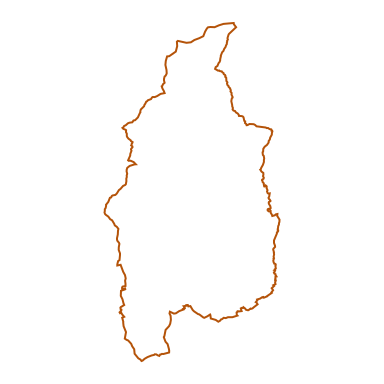 Crasna, Gorj, Romania
{"feature_id": "2599482B71276356252313", "entity_name": "Crasna", "entity_type": "district", "adm_level": 2, "iso_a3": "ROU", "parent_name": "Romania", "parent_adm1": "Gorj", "projection": "natural_earth1", "projection_center": [23.564, 45.231], "detail": "fine", "context": "isolated", "style": "outline", "palette": "amber", "viewbox_px": 384, "rotation_deg": 0, "n_neighbors": 0, "source": "geoboundaries", "source_scale": "gbopen_adm2", "svg_char_len": 6032}
<svg xmlns="http://www.w3.org/2000/svg" viewBox="0 0 384 384"><path d="M140.5,359.6L141.5,361.0L142.6,360.6L144.6,358.8L147.5,357.1L151.5,355.5L154.1,354.9L154.7,354.3L156.3,354.4L157.7,355.3L159.3,355.9L160.2,354.5L161.0,354.4L161.9,353.9L163.4,354.0L169.1,352.5L169.2,350.8L168.9,348.9L167.6,344.1L165.5,341.7L163.8,337.1L164.4,336.0L165.6,329.9L169.1,326.1L170.2,323.7L170.9,319.8L170.6,315.8L169.5,313.5L169.9,311.7L173.9,313.6L175.9,313.3L179.2,311.1L183.5,309.5L183.1,308.9L184.8,308.3L184.7,307.7L184.1,307.3L184.1,306.5L183.8,306.2L186.5,305.7L186.4,305.1L187.8,305.0L188.4,306.4L190.4,306.1L192.7,310.0L194.0,311.3L198.1,314.1L199.3,314.4L203.4,317.5L204.3,317.8L207.4,316.3L210.1,314.5L210.4,315.1L210.8,318.5L215.7,319.9L218.3,321.7L220.2,320.6L220.9,319.5L222.1,319.1L223.7,317.8L225.8,318.1L228.0,317.2L232.4,317.2L237.4,315.6L236.8,315.0L236.6,312.5L237.4,312.0L237.4,311.4L237.7,311.2L239.2,311.4L241.6,311.1L240.8,308.4L241.7,307.9L243.0,308.0L243.4,307.2L245.2,308.6L245.9,309.7L247.6,310.2L248.4,310.2L250.5,308.6L250.9,308.9L252.5,308.4L253.6,307.4L257.6,304.3L256.5,302.5L255.8,302.1L257.4,300.2L257.1,299.5L260.1,298.6L262.2,297.2L263.2,297.0L263.4,297.7L263.9,297.7L267.2,296.3L267.2,296.0L271.8,292.9L271.4,292.4L273.1,290.2L271.7,288.2L274.1,286.0L273.3,285.2L275.5,284.1L275.1,282.6L275.4,281.5L275.1,280.6L275.1,280.2L275.7,280.2L275.3,278.6L275.5,278.4L275.4,277.0L275.5,276.5L276.4,276.4L275.5,274.9L275.5,274.2L274.3,273.5L273.9,272.4L274.6,271.9L275.0,270.6L274.5,270.3L275.1,270.0L274.8,269.3L275.8,268.5L275.4,265.7L275.7,265.2L275.7,264.3L275.1,263.8L274.3,263.7L273.5,261.9L273.3,260.5L273.7,259.4L273.5,258.7L274.0,258.2L273.6,256.8L274.1,254.3L273.8,252.7L274.0,252.4L273.2,249.6L273.4,248.7L275.1,246.9L275.0,245.7L274.0,243.0L274.0,240.4L276.9,233.5L276.9,232.4L277.9,231.6L277.8,231.0L278.2,230.7L278.1,230.0L277.7,229.8L277.7,229.0L278.0,228.2L278.2,226.1L278.9,224.7L279.0,223.0L279.4,222.0L279.5,219.6L277.2,215.9L277.4,214.0L275.9,214.3L274.8,215.3L272.3,216.0L271.9,214.7L270.7,212.8L270.6,211.1L268.9,211.4L267.7,210.5L267.6,209.7L267.8,209.2L268.7,208.8L270.0,209.2L270.7,208.0L270.3,207.0L270.4,206.3L269.0,204.0L268.7,202.9L268.9,202.0L270.4,201.2L270.5,200.9L269.7,199.5L269.1,199.1L268.5,197.9L269.2,196.5L269.7,193.4L268.5,193.6L267.7,193.2L267.0,191.4L267.5,190.2L266.6,188.1L266.7,186.5L266.5,186.1L265.6,185.4L264.7,186.5L264.2,186.4L263.8,184.5L263.8,183.3L262.6,182.0L262.5,180.9L262.0,180.3L262.1,179.7L263.5,178.8L263.8,177.8L263.0,176.1L263.4,174.8L263.3,172.9L261.5,171.6L260.3,169.7L260.7,169.5L261.2,167.9L262.9,164.9L263.9,162.0L263.9,159.9L264.2,158.5L263.7,155.8L262.9,155.0L262.6,153.0L262.6,152.2L263.1,151.7L263.3,148.8L264.7,146.7L267.0,144.9L268.6,142.6L268.7,141.0L269.8,139.5L270.2,137.6L271.8,134.7L271.9,133.0L272.4,131.3L272.2,130.8L271.5,130.7L271.5,129.8L271.3,129.4L269.6,129.1L268.0,128.0L266.8,128.1L265.7,127.5L256.5,126.3L255.2,125.0L253.7,124.2L249.5,124.0L247.5,125.1L246.6,125.2L246.2,124.0L245.0,123.0L245.2,121.4L244.3,120.9L243.5,117.3L242.8,116.5L241.8,116.1L238.9,115.9L238.7,114.7L237.7,113.5L235.9,112.4L235.0,111.0L233.5,110.6L232.6,109.5L232.9,108.0L232.2,106.2L232.2,105.1L231.3,101.2L231.7,98.9L232.0,98.1L232.6,97.6L232.6,97.0L231.5,94.6L231.6,92.9L230.5,91.5L230.8,90.3L230.4,89.2L230.1,88.8L230.1,88.3L228.6,86.8L228.5,86.0L227.5,85.1L227.0,83.6L227.4,82.3L226.4,81.0L226.2,77.7L225.2,76.8L225.5,76.0L225.1,75.0L223.8,74.2L223.5,73.0L222.3,72.3L221.8,71.4L219.8,71.1L219.2,70.5L218.1,70.7L215.1,68.9L215.7,67.1L217.4,66.0L218.6,63.1L219.7,61.8L220.2,60.2L220.2,59.2L220.9,56.1L220.8,55.7L221.7,53.4L222.2,52.2L223.4,51.0L224.2,48.9L225.6,46.9L226.0,45.4L226.8,44.1L226.9,42.2L227.2,41.8L227.1,40.8L227.9,39.5L227.5,38.4L227.6,37.7L228.6,34.5L229.0,33.9L236.1,27.2L233.9,24.3L233.7,23.0L223.5,23.9L219.0,25.3L214.6,27.2L210.5,27.0L208.0,27.3L206.9,28.5L205.1,31.6L203.3,36.2L199.2,38.2L194.4,40.0L190.9,42.3L186.5,42.8L177.8,40.9L176.9,41.7L177.2,46.1L175.8,51.6L169.2,56.2L167.1,56.4L165.8,60.9L165.4,64.9L166.5,70.0L166.7,73.3L166.3,74.4L165.5,75.8L164.6,76.5L164.0,78.9L164.0,80.5L164.6,82.8L163.0,84.2L162.3,85.9L161.7,86.3L162.5,88.6L163.9,91.1L164.6,93.1L160.6,93.9L157.1,96.1L154.7,97.1L152.8,97.0L152.0,97.5L151.0,99.1L147.8,100.3L147.2,101.2L146.2,101.7L145.3,103.7L144.5,104.7L144.1,106.2L140.8,109.5L140.3,111.3L140.4,112.3L139.9,113.0L137.9,117.4L135.1,120.2L133.5,120.5L132.3,122.3L129.4,122.7L127.9,123.3L125.8,125.2L124.1,126.0L123.4,127.3L122.5,127.9L123.4,128.9L125.7,129.8L126.1,130.2L126.0,132.1L126.8,133.7L126.8,136.0L127.3,137.2L128.5,138.7L130.6,140.2L131.0,141.1L132.6,142.1L132.4,142.8L131.7,143.8L131.6,144.8L131.2,145.4L132.4,146.4L132.5,147.2L131.1,148.9L131.0,149.6L131.5,150.7L130.3,153.9L130.2,155.6L128.1,160.3L128.8,160.8L129.2,160.6L130.0,160.8L130.6,160.7L133.7,162.1L135.8,164.3L134.5,164.4L129.7,165.9L127.3,167.8L126.7,169.6L126.6,171.4L127.2,173.8L126.7,175.4L126.8,177.0L126.3,178.7L126.4,181.2L125.8,184.3L125.1,185.0L123.1,185.9L120.5,188.9L118.9,190.1L116.8,193.5L115.4,194.9L112.5,195.5L111.8,196.0L111.2,197.4L109.9,197.8L108.3,201.9L106.0,204.8L106.1,205.9L105.6,208.1L104.8,209.2L104.8,211.2L104.5,212.4L105.0,213.9L105.8,214.8L108.3,216.6L110.2,219.2L112.1,220.3L114.2,223.8L114.8,225.4L116.8,226.8L118.4,228.9L118.0,230.7L117.8,234.5L117.0,238.2L117.0,239.4L117.3,240.7L119.0,242.8L119.4,243.9L118.8,247.1L118.7,249.9L120.0,253.4L120.0,255.0L119.5,260.1L118.1,261.1L117.3,264.4L117.3,265.5L120.6,264.8L123.2,271.8L125.0,275.1L125.7,278.4L125.1,280.7L125.5,283.8L125.5,286.0L122.6,286.6L122.1,287.5L122.1,288.8L122.6,289.3L125.1,288.5L125.2,289.1L122.4,289.5L122.5,289.9L123.0,290.1L121.0,290.8L120.8,295.9L122.5,299.3L123.5,303.3L124.2,305.0L120.8,307.1L120.4,307.6L120.7,309.5L121.4,309.7L121.3,310.6L119.6,312.3L120.1,313.2L121.2,312.7L122.3,314.6L124.2,316.8L122.2,317.7L123.3,321.9L123.2,322.6L123.6,326.2L126.0,332.1L124.8,338.6L126.5,339.8L128.2,340.5L131.2,343.8L132.2,346.3L134.2,349.2L134.6,353.7L138.3,358.3L140.5,359.6Z" fill="none" stroke="#b45309" stroke-width="2"/></svg>